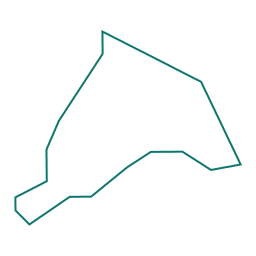 Texel, Netherlands
{"feature_id": "6326949B53858734726992", "entity_name": "Texel", "entity_type": "district", "adm_level": 2, "iso_a3": "NLD", "parent_name": "Netherlands", "parent_adm1": "", "projection": "mercator", "projection_center": [4.818, 53.078], "detail": "fine", "context": "isolated", "style": "outline", "palette": "teal", "viewbox_px": 256, "rotation_deg": 0, "n_neighbors": 0, "source": "geoboundaries", "source_scale": "gbopen_adm2", "svg_char_len": 3550}
<svg xmlns="http://www.w3.org/2000/svg" viewBox="0 0 256 256"><path d="M220.1,121.5L219.2,119.6L217.8,116.7L216.3,113.7L214.9,110.6L213.4,107.5L211.5,103.6L209.9,100.3L209.6,99.6L208.0,96.2L207.1,94.3L206.5,93.1L206.2,92.5L204.4,88.9L202.9,85.6L201.1,81.8L197.2,79.8L193.5,78.0L190.8,76.6L187.9,75.1L184.9,73.6L182.0,72.1L178.7,70.4L176.1,69.1L173.2,67.6L170.8,66.3L167.4,64.6L164.5,63.1L161.3,61.5L158.7,60.2L155.6,58.6L153.1,57.3L150.1,55.8L147.5,54.5L144.7,53.0L141.9,51.6L139.5,50.4L137.5,49.4L136.9,49.1L133.2,47.2L128.4,44.8L127.1,44.1L124.0,42.5L119.7,40.3L115.0,38.0L110.5,35.7L107.5,34.1L104.7,32.7L102.4,31.6L102.5,34.0L102.5,36.7L102.5,40.1L102.5,43.6L102.6,46.8L102.6,53.8L100.9,56.5L99.0,59.5L97.2,62.1L95.6,64.6L93.7,67.5L91.9,70.3L89.3,74.3L87.7,76.7L86.2,79.0L84.6,81.5L82.8,84.2L82.2,85.1L81.4,86.3L80.7,87.5L79.8,88.7L79.1,89.9L78.3,91.1L77.4,92.5L76.6,93.7L75.8,94.8L75.0,96.1L74.4,97.0L73.8,98.0L73.1,99.1L72.5,99.9L71.9,100.9L71.3,101.8L70.5,103.0L69.9,104.0L69.2,105.1L68.4,106.2L67.6,107.4L67.0,108.5L66.6,109.0L66.2,109.6L65.5,110.6L64.8,111.8L64.1,112.9L63.4,113.9L62.8,114.9L62.1,115.9L61.3,117.1L60.6,118.2L59.9,119.2L59.4,120.1L58.8,120.9L57.7,123.6L57.0,125.1L56.4,126.5L55.8,127.9L55.1,129.6L54.4,131.2L53.7,132.9L53.2,134.0L52.6,135.4L51.9,137.0L51.1,138.7L50.5,140.1L49.9,141.5L49.4,142.8L48.8,144.2L48.3,145.4L47.7,146.6L47.1,148.2L46.5,149.6L46.5,150.9L46.5,152.7L46.5,154.2L46.5,155.8L46.5,157.4L46.6,159.1L46.6,160.6L46.6,162.2L46.6,163.9L46.6,165.4L46.6,167.0L46.6,168.5L46.7,170.2L46.7,171.6L46.7,173.3L46.7,174.8L46.7,176.3L46.7,178.0L46.8,179.7L46.8,181.2L45.6,181.8L44.2,182.5L43.0,183.2L41.8,183.8L40.6,184.4L39.3,185.1L38.0,185.7L36.8,186.4L35.6,187.0L34.3,187.6L33.2,188.2L31.9,188.9L30.7,189.5L29.6,190.1L28.3,190.7L27.0,191.4L25.8,192.0L24.6,192.6L23.4,193.3L22.3,193.8L21.2,194.4L20.0,195.0L18.7,195.6L16.9,196.6L15.4,197.4L15.4,198.8L15.4,200.5L15.4,202.1L15.4,203.7L15.4,205.2L15.5,206.9L15.5,208.4L15.5,210.4L16.7,211.6L17.7,212.6L18.6,213.6L19.5,214.5L20.4,215.3L21.3,216.3L22.2,217.1L23.1,218.0L23.9,218.9L24.8,219.8L25.7,220.7L26.7,221.7L27.7,222.6L28.5,223.5L29.4,224.4L31.0,223.4L32.5,222.3L34.1,221.2L35.6,220.2L37.1,219.2L38.7,218.0L40.2,217.0L41.9,215.9L43.6,214.7L45.3,213.6L46.8,212.5L48.7,211.2L50.2,210.2L51.9,209.0L53.4,208.0L55.0,206.9L56.6,205.8L58.5,204.5L60.2,203.3L61.7,202.3L63.4,201.1L64.8,200.2L66.2,199.2L67.4,198.4L68.9,197.4L69.7,196.8L70.4,196.8L72.5,196.8L74.7,196.8L76.4,196.8L78.3,196.8L80.3,196.8L81.1,196.7L82.3,196.7L84.1,196.7L85.6,196.7L87.6,196.7L89.7,196.7L91.1,196.7L92.9,195.2L93.0,195.1L94.4,194.0L95.9,192.8L97.2,191.7L98.5,190.6L100.2,189.3L101.6,188.1L103.0,187.0L104.5,185.7L106.5,184.1L108.1,182.8L109.9,181.3L110.7,180.7L111.5,180.0L113.0,178.8L114.5,177.6L116.0,176.4L117.3,175.3L117.5,175.2L119.0,173.9L120.4,172.8L121.6,171.8L123.1,170.6L124.5,169.4L125.9,168.4L127.0,167.4L129.3,165.9L130.4,165.2L132.2,164.0L135.6,161.8L138.6,159.9L141.4,158.0L145.0,155.7L147.6,154.0L150.8,151.9L153.8,151.9L157.1,151.9L160.1,151.8L163.4,151.8L166.7,151.8L169.8,151.8L173.0,151.8L176.0,151.7L179.2,151.7L182.4,151.7L185.1,153.4L185.6,153.7L188.2,155.4L191.5,157.5L194.7,159.5L197.8,161.5L200.8,163.4L204.2,165.6L207.1,167.5L211.0,169.9L213.7,169.5L217.0,168.8L220.0,168.3L223.5,167.6L226.4,167.1L229.5,166.6L232.9,165.9L236.3,165.3L240.6,164.5L239.0,161.1L237.6,158.0L235.8,154.4L234.5,151.5L233.0,148.5L231.5,145.3L230.0,142.3L228.5,139.2L226.9,135.8L225.4,132.7L223.9,129.5L222.4,126.3L220.7,122.8L220.1,121.5Z" fill="none" stroke="#0f766e" stroke-width="2"/></svg>